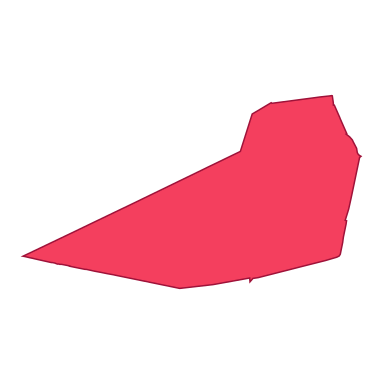 outline of Seda, Strencu, Latvia
{"feature_id": "27541924B58603814408660", "entity_name": "Seda", "entity_type": "district", "adm_level": 2, "iso_a3": "LVA", "parent_name": "Latvia", "parent_adm1": "Strencu", "projection": "robinson", "projection_center": [25.749, 57.654], "detail": "fine", "context": "isolated", "style": "filled", "palette": "rose", "viewbox_px": 384, "rotation_deg": 0, "n_neighbors": 0, "source": "geoboundaries", "source_scale": "gbopen_adm2", "svg_char_len": 1159}
<svg xmlns="http://www.w3.org/2000/svg" viewBox="0 0 384 384"><path d="M250.0,281.8L253.0,278.4L258.3,277.6L283.0,271.3L286.2,270.5L301.8,266.5L325.6,260.5L336.8,257.2L339.2,256.0L340.3,254.2L342.7,242.4L343.1,239.2L343.4,237.1L346.1,224.0L346.3,222.5L346.5,221.2L346.6,220.8L345.2,220.3L346.9,214.9L348.7,209.0L351.0,198.6L351.9,194.4L354.8,180.5L359.6,157.5L361.0,156.3L359.9,155.7L358.7,154.8L357.9,153.8L357.3,152.6L356.6,148.3L353.2,141.8L352.4,140.0L349.7,136.9L346.1,134.1L346.8,133.7L340.2,118.7L339.8,117.6L334.3,105.1L333.4,105.1L333.3,102.7L332.3,95.8L331.8,95.6L329.9,95.9L319.7,97.0L315.4,97.6L271.9,103.3L271.2,102.7L252.2,114.0L240.4,151.3L240.0,151.6L210.2,166.0L207.5,167.3L205.9,168.1L205.1,168.5L130.7,204.6L114.6,212.3L67.4,235.0L23.0,256.2L25.1,256.6L27.2,257.1L28.9,257.5L30.6,257.9L32.6,258.3L34.6,258.8L51.5,262.6L51.9,262.5L54.6,263.0L56.9,263.9L57.7,264.1L58.7,264.0L59.9,264.4L61.0,264.3L61.8,264.4L63.4,264.7L69.6,265.9L69.5,266.2L74.3,267.2L84.7,269.3L86.5,269.4L94.6,271.2L101.0,272.4L107.4,273.7L113.6,274.8L115.3,275.2L179.7,288.4L213.1,284.6L249.7,278.0L250.0,281.8Z" fill="#f43f5e" stroke="#9f1239" stroke-width="1.5"/></svg>